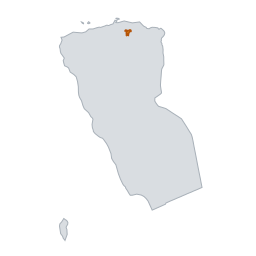 Ku'aydinah, Hajjah, Yemen shown in context, rotated 88°
{"feature_id": "15242507B26169260519546", "entity_name": "Ku'aydinah", "entity_type": "district", "adm_level": 2, "iso_a3": "YEM", "parent_name": "Yemen", "parent_adm1": "Hajjah", "projection": "natural_earth1", "projection_center": [43.351, 15.819], "detail": "fine", "context": "in_parent", "style": "filled", "palette": "amber", "viewbox_px": 256, "rotation_deg": 88, "n_neighbors": 0, "source": "geoboundaries", "source_scale": "gbopen_adm2", "svg_char_len": 3964}
<svg xmlns="http://www.w3.org/2000/svg" viewBox="0 0 256 256"><g transform="rotate(88 128 128)"><path d="M210.9,106.7L201.7,110.5L199.3,112.2L197.1,114.3L195.5,117.0L194.4,121.6L195.3,125.8L195.3,128.1L192.9,129.6L190.7,130.7L188.2,132.3L186.7,132.7L185.5,134.0L184.1,135.0L178.9,137.3L173.3,139.2L164.3,141.4L160.9,143.8L157.8,145.4L153.0,145.9L146.4,148.2L142.8,150.0L138.3,153.0L137.3,153.9L136.5,156.1L135.1,158.0L132.4,161.1L130.3,162.7L129.0,162.8L126.3,163.6L123.2,163.8L117.9,162.7L116.5,163.5L115.4,164.7L111.3,166.8L107.2,171.0L104.2,172.2L99.2,173.5L95.8,175.3L93.5,176.0L90.5,176.3L85.0,176.2L79.8,176.8L75.0,178.0L72.7,180.2L70.1,183.8L65.9,185.3L64.9,186.6L63.6,189.2L60.9,189.9L58.4,190.4L55.9,189.2L51.1,192.4L49.3,192.9L46.5,193.1L44.6,193.7L43.2,193.5L41.5,192.3L37.8,190.8L35.0,191.8L34.8,188.7L30.3,179.5L31.3,171.5L31.3,170.4L30.4,166.8L27.7,163.5L27.8,159.4L26.9,156.4L26.2,153.3L26.4,152.5L26.5,151.8L25.1,147.1L24.6,146.1L24.5,145.2L24.9,144.4L24.9,143.5L24.2,142.1L23.4,139.3L19.8,137.2L20.5,135.2L21.2,135.9L22.2,136.5L22.4,135.2L22.4,134.2L20.9,128.1L23.1,120.0L22.4,112.7L25.8,109.7L26.7,108.8L27.2,108.0L28.0,106.4L29.1,105.8L29.5,104.1L29.5,103.2L28.8,102.4L28.2,100.4L28.4,97.8L28.6,96.7L29.0,94.7L30.2,94.0L30.4,93.4L29.5,92.1L29.6,91.4L31.6,89.3L32.4,88.6L33.8,88.0L34.8,88.0L36.0,88.4L37.0,89.0L38.1,90.0L39.2,91.2L40.8,91.7L42.0,91.6L42.9,92.1L43.7,91.8L44.6,91.2L46.0,91.2L47.3,90.5L50.9,90.2L54.4,90.4L58.1,89.8L61.7,89.9L65.4,89.9L66.2,90.0L67.0,90.4L70.2,92.2L72.5,92.6L77.3,93.1L82.3,93.7L86.7,94.1L90.4,93.7L93.5,93.3L94.3,93.4L95.3,94.5L97.2,97.4L98.9,100.1L102.0,100.3L104.0,99.2L106.1,97.8L107.4,96.7L108.9,92.3L109.9,89.5L112.2,86.2L114.1,83.6L116.6,80.0L117.9,78.1L120.7,74.2L123.3,72.7L128.3,69.7L133.3,66.9L136.5,65.0L139.2,64.2L143.8,63.4L149.2,62.6L154.7,61.7L160.4,60.8L166.9,59.8L171.3,59.1L176.9,58.2L181.6,57.4L185.7,56.8L190.0,56.1L190.8,58.2L191.7,60.4L192.5,62.5L193.3,64.7L194.2,66.8L195.0,69.0L195.8,71.2L196.7,73.3L197.5,75.5L198.4,77.6L199.2,79.8L200.0,81.9L200.9,84.1L201.7,86.2L202.5,88.4L203.4,90.5L204.2,92.6L205.5,93.3L206.3,95.3L207.5,98.2L208.6,101.0L209.8,103.9L210.9,106.7ZM224.4,193.1L225.5,193.3L227.3,192.6L232.2,192.5L238.2,194.9L237.1,195.5L236.4,196.4L233.8,197.2L231.2,199.0L223.6,199.9L221.4,199.4L219.6,197.6L216.2,195.3L217.5,193.8L217.8,193.2L218.3,192.5L220.2,191.4L222.1,191.6L224.4,193.1ZM22.2,164.4L21.9,164.8L21.6,164.7L20.4,163.6L21.7,162.3L22.4,163.5L22.2,164.4ZM18.6,135.7L18.0,136.2L17.8,135.3L18.2,133.4L18.8,132.9L19.2,134.3L18.9,135.1L18.6,135.7ZM21.6,170.1L20.4,170.8L21.2,169.1L22.0,168.7L22.3,168.8L21.6,170.1Z" fill="#d9dde1" stroke="#a8b0b8" stroke-width="1"/><path d="M30.2,123.2L30.3,123.2L30.3,123.3L30.5,123.4L30.5,123.5L30.5,123.8L30.6,124.0L30.6,124.3L30.6,124.5L30.6,124.8L30.6,125.0L30.5,125.3L30.5,125.5L30.4,125.9L30.3,126.0L30.2,126.2L30.2,126.3L30.0,126.6L30.0,126.8L30.1,127.0L30.3,127.3L30.5,127.4L30.6,127.5L30.8,127.5L31.0,127.5L31.0,127.4L31.0,127.2L31.0,126.9L31.2,126.7L31.3,126.5L31.6,126.3L31.6,126.2L31.8,126.2L32.0,126.1L32.0,125.9L32.1,126.0L32.3,126.1L32.5,126.3L32.8,126.4L32.9,126.2L33.0,126.1L33.0,125.9L33.0,126.0L33.3,125.9L33.5,126.0L33.8,126.2L33.8,126.3L34.0,126.3L34.3,126.3L34.5,126.3L34.8,126.3L35.0,126.4L35.1,126.2L34.9,126.0L34.9,125.9L35.0,125.9L34.9,125.8L34.9,125.7L35.0,125.6L34.9,125.5L35.0,125.5L35.3,125.4L35.4,125.2L35.4,124.9L35.4,124.7L35.5,124.4L34.9,124.3L34.8,124.2L34.7,124.2L34.5,124.3L34.4,124.3L34.5,124.4L34.5,124.5L34.4,124.6L34.2,124.7L33.9,124.7L33.7,124.7L33.5,124.4L33.4,124.4L33.3,124.2L33.2,123.9L33.1,123.7L32.9,123.7L32.9,123.8L32.7,123.7L32.4,123.5L32.3,123.4L32.2,123.4L32.0,123.2L32.0,123.3L32.0,123.2L31.9,123.2L31.7,123.2L31.7,122.9L31.5,122.7L31.5,122.4L31.6,122.2L31.6,121.9L31.6,121.7L31.4,121.6L31.2,121.6L30.9,121.6L30.7,121.7L30.7,121.8L30.4,121.9L30.4,122.0L30.2,122.0L30.1,122.3L30.0,122.5L30.0,122.8L30.1,123.0L30.2,123.2Z" fill="#f59e0b" stroke="#b45309" stroke-width="1.5"/></g></svg>